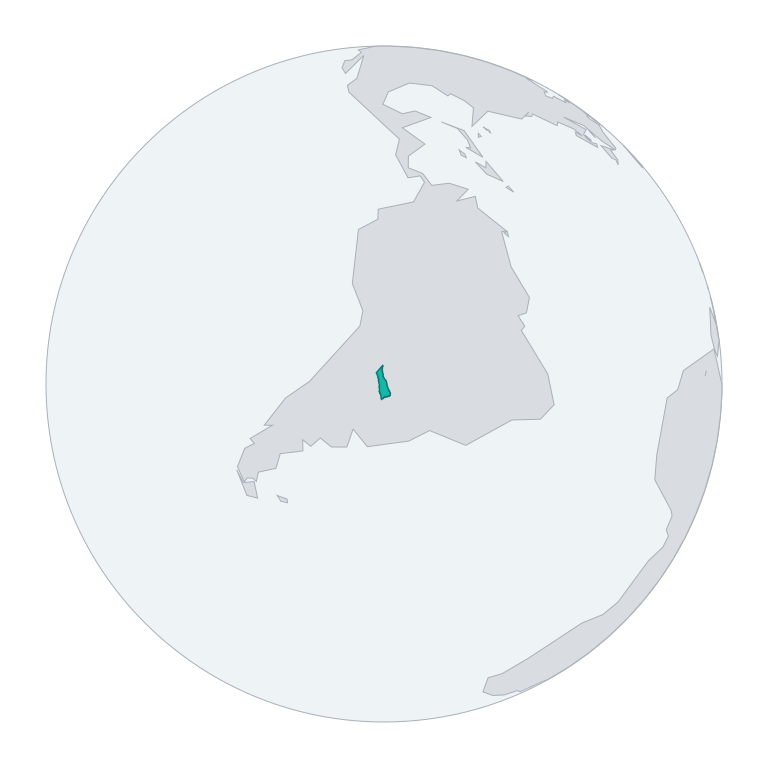 Formosa highlighted on a globe, orthographic projection, rotated 42°
{"feature_id": "ARG-1307", "entity_name": "Formosa", "entity_type": "Province", "adm_level": 1, "iso_a3": "ARG", "parent_name": "Argentina", "parent_adm1": "", "projection": "orthographic", "projection_center": [-59.89, -24.679], "detail": "fine", "context": "on_globe", "style": "filled", "palette": "teal", "viewbox_px": 768, "rotation_deg": 42, "n_neighbors": 0, "source": "natural_earth", "source_scale": "10m", "svg_char_len": 7076}
<svg xmlns="http://www.w3.org/2000/svg" viewBox="0 0 768 768"><g transform="rotate(42 384 384)"><circle cx="384" cy="384" r="338" fill="#eef3f6" stroke="#a8b0b8"/><path d="M291.3,59.0L284.5,61.2L285.6,61.5L310.5,57.5L307.5,59.8L311.5,61.6L318.1,59.0L317.4,56.8L330.6,53.3L328.1,52.1L333.1,50.9L334.9,49.8L346.3,48.4L356.4,48.0L355.5,49.1L360.0,49.4L370.3,47.6L377.8,50.3L398.6,53.7L399.2,55.2L383.5,57.7L359.5,58.3L339.0,65.4L364.1,59.7L365.3,65.0L370.5,65.8L377.3,65.4L381.5,63.2L384.4,65.3L360.6,70.7L357.7,68.8L365.2,66.8L353.9,67.6L337.9,73.0L339.8,76.2L313.7,83.9L314.7,86.5L309.6,90.3L309.7,85.2L309.0,95.0L278.6,111.8L277.0,133.7L265.7,118.9L253.9,119.7L239.2,123.8L238.6,127.2L220.1,130.2L201.4,143.4L191.8,164.0L196.0,176.9L216.8,170.9L224.4,160.3L240.5,154.5L226.2,181.3L253.9,178.3L249.6,198.3L257.3,207.1L271.8,201.7L286.6,204.4L298.1,191.2L316.2,183.0L315.7,199.2L326.3,183.5L336.0,190.5L372.5,188.4L369.5,192.1L400.1,211.9L434.2,222.4L442.2,235.8L438.0,243.5L450.0,246.9L450.2,252.3L498.9,266.9L524.3,285.6L523.8,305.5L503.1,325.2L485.8,374.9L449.0,388.1L440.6,409.8L413.6,441.7L391.2,438.2L398.6,455.7L387.0,466.0L372.8,466.7L371.3,479.3L360.8,479.8L368.5,488.0L353.5,505.2L360.1,519.0L349.6,533.6L354.3,541.8L349.6,541.8L345.3,545.3L345.6,550.2L330.3,543.4L323.6,524.9L327.3,515.0L321.0,514.1L328.6,489.4L322.6,494.7L320.2,460.2L326.9,431.9L327.3,357.1L319.3,343.7L293.2,330.5L261.6,286.2L269.2,265.7L262.7,258.0L284.1,228.9L279.1,207.0L271.6,205.1L263.9,214.7L239.3,205.9L231.6,191.7L162.7,190.6L157.0,186.5L159.3,175.0L149.1,153.2L147.6,179.0L141.2,177.1L138.5,169.8L143.1,164.8L145.4,152.8L141.4,152.8L151.4,139.0L160.9,130.2L180.2,114.5L200.7,100.1L222.1,87.4L244.4,76.2L267.5,66.8L291.3,59.0ZM274.0,142.1L305.8,149.3L286.5,153.4L290.4,150.6L282.6,146.8L267.6,145.0L251.1,150.9L274.0,142.1ZM291.0,126.6L285.3,126.6L291.0,125.6L291.0,126.6ZM328.5,50.8L331.6,50.3L329.7,50.7L328.5,50.8ZM326.4,51.1L321.9,51.9L320.2,52.2L323.0,51.6L326.4,51.1ZM331.7,50.1L332.3,50.1L321.2,52.0L331.7,50.1ZM356.6,558.5L332.0,546.3L345.4,551.4L352.8,543.4L366.4,553.4L356.6,558.5ZM379.2,538.3L389.0,534.4L391.8,536.8L385.8,540.1L379.2,538.3ZM642.9,166.8L648.3,173.6L655.0,182.2L669.4,203.0L682.1,224.9L693.2,247.7L702.5,271.2L710.1,295.4L715.8,320.0L719.7,345.0L721.6,370.3L721.7,395.6L719.9,420.9L716.2,445.9L710.6,470.6L703.2,494.8L700.9,498.8L691.1,521.5L688.1,522.8L681.3,534.7L673.2,542.7L663.5,546.6L657.9,532.6L665.5,520.4L674.7,491.5L691.0,429.3L700.9,408.9L703.8,389.2L698.8,338.7L700.4,318.6L697.1,306.7L691.3,303.5L686.5,289.5L682.2,285.9L649.2,273.9L634.0,253.9L603.8,204.9L606.1,191.7L597.5,173.7L605.7,137.2L617.5,145.5L635.5,158.3L635.7,158.5L642.9,166.8ZM605.2,128.5L603.9,127.5L613.2,140.2L606.8,137.4L594.1,128.7L574.6,108.9L591.2,117.6L584.5,112.2L567.4,100.3L573.9,104.5L572.8,103.7L605.2,128.5ZM614.7,158.5L617.3,163.2L614.7,158.5ZM373.6,188.1L377.9,191.2L372.0,191.4L373.6,188.1ZM283.2,159.8L290.2,159.0L293.7,160.8L288.2,162.3L283.2,159.8ZM343.8,153.7L352.1,154.6L343.2,156.2L343.8,153.7ZM310.9,150.3L337.1,153.7L319.7,159.4L303.3,157.8L315.0,155.2L310.9,150.3ZM286.4,134.6L290.6,134.9L289.0,137.6L286.4,134.6ZM295.1,126.0L293.3,126.4L291.5,124.8L295.1,126.0ZM366.7,64.6L368.7,64.3L375.4,64.3L371.8,65.3L366.7,64.6ZM407.8,61.0L411.5,64.5L406.4,62.3L402.1,63.7L385.9,61.6L398.7,55.9L395.8,58.5L407.8,61.0ZM367.8,58.4L376.6,59.6L366.4,58.6L367.8,58.4ZM546.6,87.8L543.8,86.5L537.0,82.7L546.6,87.8ZM562.3,97.0L559.4,95.2L559.6,95.3L562.3,97.0ZM374.8,46.2L374.0,46.2L372.2,46.3L374.8,46.2ZM367.3,46.5L371.4,46.5L360.9,47.0L366.6,47.1L347.4,48.1L367.3,46.5ZM430.9,49.4L429.5,49.3L431.9,50.4L417.2,48.5L405.6,46.9L402.2,46.6L430.9,49.4Z" fill="#d9dde1" stroke="#a8b0b8" stroke-width="1"/><path d="M370.6,371.1L370.8,371.1L371.0,371.2L371.0,371.3L371.2,371.5L371.1,371.8L371.3,372.0L371.5,372.0L371.5,372.3L371.5,372.5L371.8,372.9L371.9,373.0L372.0,373.1L372.3,373.4L372.3,373.5L372.5,373.8L372.5,374.0L372.8,374.4L373.4,374.7L373.4,374.8L373.6,375.0L373.8,375.1L373.9,375.3L374.0,375.6L374.3,375.8L374.6,375.8L375.0,376.1L375.1,376.3L375.3,376.6L375.5,376.6L375.8,376.8L376.0,376.8L376.4,377.0L376.5,377.1L376.7,377.3L376.8,377.4L377.0,377.4L377.2,377.6L377.3,377.7L377.4,377.8L377.4,378.0L377.5,378.3L377.7,378.5L377.8,378.6L377.9,378.8L378.0,378.9L378.1,379.0L378.4,378.9L378.6,379.0L378.9,379.3L379.0,379.3L379.5,379.3L380.0,379.4L380.2,379.5L380.3,379.7L380.5,379.7L380.8,379.9L381.1,379.9L381.3,379.9L381.4,380.0L381.5,380.1L381.8,380.1L382.2,380.2L382.6,380.1L382.8,380.1L383.0,380.0L385.2,381.3L385.4,381.5L385.5,381.7L385.8,381.8L386.0,382.0L386.3,382.1L386.4,382.3L386.5,382.3L386.7,382.5L386.8,382.6L386.9,382.8L387.1,382.9L387.2,383.0L387.3,383.1L387.7,383.2L387.8,383.4L388.1,383.5L388.3,383.6L388.6,383.8L388.8,383.8L389.8,384.6L390.2,384.6L390.3,384.7L390.4,384.8L391.6,385.1L391.8,385.2L391.9,385.4L392.2,385.8L392.3,385.9L392.6,385.8L392.7,385.7L392.8,385.6L393.4,385.9L393.4,386.0L393.5,386.0L393.9,386.2L394.0,386.2L394.1,386.3L394.3,386.4L394.7,386.4L394.8,386.5L395.1,386.8L395.3,387.0L395.6,387.4L395.7,387.6L395.8,387.7L396.0,388.1L396.3,388.5L396.3,389.2L396.3,389.3L396.2,389.4L396.1,389.6L395.8,389.6L395.8,389.8L395.7,389.8L395.4,389.9L395.2,390.1L395.3,390.2L395.3,390.4L395.2,390.5L395.1,390.9L395.0,391.0L394.9,391.0L394.7,391.1L394.8,391.3L394.7,391.4L394.6,391.6L394.8,391.8L394.7,391.9L394.1,392.4L393.9,392.5L393.5,392.6L393.4,392.9L393.4,393.0L393.2,392.9L393.2,393.0L393.3,393.1L393.4,393.3L393.2,393.4L393.1,393.5L393.1,393.8L392.9,394.2L392.9,394.3L393.0,394.5L392.9,394.6L392.8,395.0L393.0,395.2L393.1,395.3L393.0,395.5L392.9,395.7L392.7,395.7L392.7,395.9L392.6,396.3L392.4,396.4L392.5,396.5L392.4,396.6L392.2,396.6L392.2,396.8L392.3,397.0L392.2,397.0L392.0,396.9L391.9,396.8L391.7,396.8L391.5,396.7L391.4,396.5L391.1,396.3L391.1,396.2L391.0,395.9L390.5,395.6L390.4,395.5L390.3,395.4L390.2,395.3L389.8,395.0L389.5,394.9L389.4,394.8L389.3,394.6L389.2,394.5L389.1,394.3L388.9,394.2L388.2,393.9L388.0,393.7L387.9,393.6L387.7,393.6L387.5,393.8L387.3,393.8L387.2,393.8L386.9,393.8L386.8,393.7L386.7,393.6L386.7,393.4L386.5,393.2L386.5,392.9L386.3,392.8L386.2,392.8L385.9,392.7L385.7,392.7L385.4,392.6L385.2,392.6L385.2,392.2L385.1,391.9L384.6,391.3L384.4,391.1L384.2,391.0L384.2,390.9L384.1,390.7L383.9,390.6L383.7,390.5L383.6,390.4L383.3,390.2L383.2,390.0L382.9,389.9L382.7,389.8L382.4,389.7L382.2,389.4L382.2,389.2L382.2,388.9L381.9,388.8L381.9,388.7L381.6,388.4L381.5,388.0L381.4,388.0L381.3,387.9L381.1,387.8L380.9,387.5L380.9,387.4L380.7,387.1L380.4,387.1L380.0,386.9L379.8,386.7L379.3,386.4L379.1,386.4L378.9,386.1L378.7,386.0L378.6,385.9L377.9,385.3L377.7,385.3L377.5,385.2L377.6,384.9L377.3,384.5L377.3,384.3L377.2,384.3L377.1,384.2L376.9,384.0L376.9,383.9L376.7,383.8L376.2,383.8L376.0,383.7L375.8,383.7L375.7,383.7L375.4,383.5L375.3,383.4L375.1,383.2L375.0,382.9L374.9,382.9L374.6,382.9L374.3,382.5L374.3,382.4L374.2,382.4L374.0,382.2L373.9,382.1L373.6,382.1L373.4,382.0L373.2,381.9L372.7,381.6L372.6,381.4L372.4,381.3L372.0,381.3L370.8,380.8L370.6,371.1Z" fill="#14b8a6" stroke="#0f766e" stroke-width="1.5"/></g></svg>